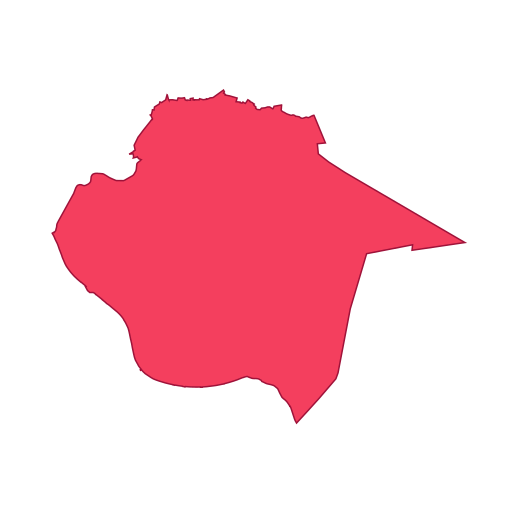 Weert, Limburg, Netherlands, rotated 188°
{"feature_id": "6326949B44832169165427", "entity_name": "Weert", "entity_type": "district", "adm_level": 2, "iso_a3": "NLD", "parent_name": "Netherlands", "parent_adm1": "Limburg", "projection": "mercator", "projection_center": [5.712, 51.235], "detail": "fine", "context": "isolated", "style": "filled", "palette": "rose", "viewbox_px": 512, "rotation_deg": 188, "n_neighbors": 0, "source": "geoboundaries", "source_scale": "gbopen_adm2", "svg_char_len": 5946}
<svg xmlns="http://www.w3.org/2000/svg" viewBox="0 0 512 512"><g transform="rotate(188 256 256)"><path d="M192.6,96.2L184.1,108.5L173.9,123.5L159.8,145.5L158.5,151.7L158.0,162.1L155.3,216.8L146.8,273.7L102.5,288.9L102.3,283.4L82.0,289.3L61.3,295.4L51.0,298.4L68.4,305.5L179.3,351.0L197.1,359.2L208.5,365.8L210.9,375.7L203.0,377.6L218.1,403.3L218.4,403.2L218.9,403.3L219.8,402.5L220.1,402.5L220.6,402.2L222.0,401.1L222.5,400.8L223.1,400.4L223.4,400.3L223.8,400.3L224.6,400.4L224.9,400.4L225.3,400.5L225.7,400.5L226.7,400.0L227.0,399.8L227.5,399.6L227.8,399.4L228.9,398.9L229.5,398.8L229.8,398.8L231.3,399.1L231.7,399.4L232.2,399.7L232.8,399.9L233.6,399.9L235.4,400.0L235.9,399.8L236.3,399.9L236.9,400.4L237.3,400.6L237.7,400.7L238.3,400.8L239.0,400.9L239.5,400.7L240.0,400.4L241.0,400.2L241.7,400.3L243.8,400.7L244.3,400.8L245.8,401.2L246.8,401.6L247.9,402.1L249.1,402.4L250.1,402.9L250.9,403.4L251.1,403.6L251.4,404.2L251.4,404.8L251.5,405.2L251.4,405.6L251.5,406.4L251.6,407.8L251.6,408.8L251.7,409.1L258.9,406.8L259.6,404.3L259.7,404.2L259.8,404.1L260.1,404.1L260.3,404.2L263.2,405.5L265.3,405.2L267.7,404.0L271.1,403.2L272.3,401.4L275.1,401.3L275.6,401.4L277.0,402.3L276.8,403.5L278.7,404.7L279.0,405.0L279.4,405.6L278.9,406.2L279.4,406.5L280.0,406.7L281.0,407.3L281.7,407.6L282.6,407.8L283.6,408.1L283.7,408.7L285.8,409.6L287.0,407.1L287.8,405.6L288.6,405.8L289.8,406.4L290.0,406.3L290.4,406.6L291.1,405.5L293.2,405.7L293.2,406.2L297.2,406.0L296.7,409.8L304.4,410.9L308.9,411.1L308.8,411.7L310.8,412.8L310.1,414.1L311.3,415.8L320.6,406.9L323.7,406.1L324.0,405.7L325.7,404.8L326.8,404.8L326.6,404.3L330.1,403.4L333.8,403.9L334.0,402.8L337.8,402.2L337.8,402.3L338.7,402.2L338.7,401.8L340.1,401.8L340.3,403.6L343.0,402.7L342.5,401.1L343.5,401.0L345.8,400.9L346.0,400.4L346.9,400.6L347.1,400.7L347.6,400.6L347.8,400.7L347.9,400.8L348.7,402.6L348.8,402.7L348.9,402.8L350.3,402.3L352.1,401.9L355.1,401.7L355.7,399.1L355.8,399.0L359.8,399.1L360.5,399.1L363.4,398.6L363.6,398.5L363.8,398.3L363.8,398.1L364.3,398.8L364.5,399.0L366.3,403.2L366.5,403.3L367.2,398.0L369.4,396.1L370.8,394.8L372.6,395.2L372.9,393.1L377.2,389.5L377.2,389.4L377.3,389.3L377.3,386.4L378.9,386.4L378.9,384.9L379.0,383.9L379.2,382.3L379.4,381.0L380.4,381.0L380.4,380.9L380.2,380.8L379.6,380.3L378.8,379.2L377.9,377.9L377.7,377.6L377.8,377.4L377.6,376.9L378.4,376.0L378.5,376.2L379.6,374.2L385.1,364.9L387.5,360.5L389.3,357.3L392.1,348.7L390.4,344.0L391.9,342.8L391.8,342.4L395.8,339.2L392.3,340.0L391.8,339.9L391.0,337.1L391.2,336.0L388.7,337.0L388.0,337.3L387.4,337.8L385.9,336.2L385.5,336.0L383.1,335.4L383.7,334.8L383.7,334.5L386.1,332.0L386.5,331.4L386.7,331.0L386.8,330.5L386.8,330.0L386.6,325.2L386.7,324.5L386.7,323.8L386.9,323.1L388.2,320.0L388.4,319.6L388.6,319.3L388.8,319.0L389.6,318.2L396.6,312.8L397.1,312.5L397.6,312.2L398.2,312.1L404.5,311.3L405.1,311.3L405.6,311.4L408.9,312.3L411.9,313.2L412.7,313.5L415.1,314.6L418.2,315.9L418.8,316.0L419.4,316.1L422.9,315.9L423.6,315.8L424.6,315.8L425.3,315.7L426.0,315.6L426.6,315.4L427.3,315.2L427.9,314.9L428.4,314.6L428.9,314.3L429.2,313.9L429.6,313.4L429.8,312.9L430.0,312.3L430.2,311.8L430.2,311.2L430.2,310.6L430.1,307.8L430.1,307.3L430.2,306.8L430.3,306.4L430.5,305.9L430.8,305.4L431.6,304.4L432.1,303.9L434.0,302.6L434.9,302.1L435.4,301.9L435.9,301.8L436.4,301.8L436.9,301.8L438.6,302.2L439.2,302.2L439.8,302.2L440.3,302.1L440.9,302.0L441.9,301.5L442.3,301.3L442.6,301.0L442.9,300.7L443.2,300.1L443.5,299.4L443.8,298.8L444.0,298.1L444.1,297.7L445.4,291.9L445.5,291.9L445.7,291.4L456.6,262.9L457.3,260.8L457.4,260.4L457.5,260.1L457.6,258.8L457.5,257.5L457.5,256.6L457.7,255.4L457.9,253.2L458.9,251.5L459.1,251.1L459.3,251.1L459.5,251.4L461.0,250.2L460.7,249.8L459.5,248.3L458.8,247.3L457.9,245.8L457.2,244.6L454.4,240.5L453.2,238.3L451.6,235.1L450.7,233.6L450.5,233.2L448.6,229.8L448.0,228.5L447.2,227.0L443.9,221.6L442.2,219.3L440.6,217.6L439.7,216.6L438.3,215.2L437.6,214.5L436.5,213.5L434.4,211.7L432.8,210.4L431.9,209.8L429.4,208.0L425.6,205.6L425.4,205.7L424.2,204.9L421.4,203.2L420.6,202.7L420.1,202.2L420.3,202.1L420.7,202.0L418.0,198.3L415.5,196.7L412.1,197.2L410.6,196.6L410.1,196.3L409.9,196.1L409.5,195.6L409.3,195.7L401.9,191.3L402.0,191.2L398.2,188.9L397.6,188.3L395.4,187.3L394.4,186.7L387.8,182.6L385.5,181.2L384.4,180.4L383.2,179.5L381.6,178.2L379.8,176.5L378.3,174.9L378.2,174.5L377.5,173.7L376.0,171.9L375.1,170.6L373.9,168.8L372.5,166.6L372.1,165.6L371.6,164.5L370.9,162.7L368.3,155.4L367.9,154.6L367.8,154.1L367.1,152.4L366.5,150.6L365.7,148.1L364.8,145.6L363.5,142.0L362.3,138.9L361.1,136.5L360.7,135.8L359.9,134.8L358.5,132.9L358.2,132.7L358.1,132.4L357.5,131.6L357.3,131.2L356.2,130.0L354.2,128.1L354.8,127.2L354.3,126.7L353.5,127.4L352.7,126.6L351.6,125.7L350.5,124.9L349.4,124.1L344.6,121.8L343.4,121.2L341.0,120.2L339.7,119.8L337.1,119.2L334.5,118.7L332.0,118.3L328.1,117.7L324.2,117.3L320.2,117.0L320.2,116.8L318.6,116.7L318.5,116.9L314.9,116.8L312.4,116.8L310.7,116.8L310.4,116.6L308.5,116.6L308.1,116.4L307.7,116.9L304.6,117.1L302.2,117.3L298.7,117.7L296.3,118.0L292.6,118.6L292.6,118.3L290.8,118.6L290.8,118.8L290.7,118.9L286.5,119.8L284.3,120.4L280.2,121.5L277.7,122.2L273.9,123.5L271.4,124.4L269.7,124.9L269.7,125.1L265.4,126.9L260.7,129.1L257.2,130.9L252.7,133.5L251.5,134.0L250.4,134.6L249.2,135.1L248.0,135.5L245.5,134.8L245.1,134.8L243.5,134.4L242.7,134.3L242.0,134.3L240.6,134.4L239.4,134.6L238.1,134.7L236.8,134.7L235.8,134.5L235.3,134.2L234.3,133.9L233.4,133.5L233.3,133.4L233.2,133.1L233.1,132.9L232.6,132.5L231.3,132.2L228.6,131.3L227.2,131.0L225.9,130.9L223.3,130.7L222.0,130.5L220.8,130.3L219.7,129.9L216.1,127.7L214.9,125.9L213.5,123.7L211.2,120.5L210.6,119.7L209.5,118.9L209.2,118.7L208.4,118.2L207.3,117.6L206.2,116.8L205.2,116.0L204.3,115.1L203.4,114.1L202.5,113.1L201.6,112.0L201.6,111.7L201.4,111.6L201.2,111.8L200.7,111.1L200.1,110.0L199.5,108.8L195.3,100.2L194.7,99.1L194.0,98.0L193.2,97.0L192.6,96.2Z" fill="#f43f5e" stroke="#9f1239" stroke-width="1.5"/></g></svg>